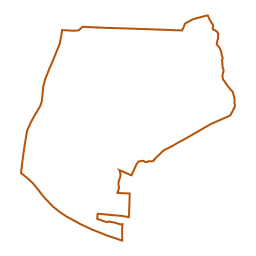 the district of Smardan, Tulcea, Romania
{"feature_id": "2599482B36472958549057", "entity_name": "Smardan", "entity_type": "district", "adm_level": 2, "iso_a3": "ROU", "parent_name": "Romania", "parent_adm1": "Tulcea", "projection": "mercator", "projection_center": [28.085, 45.31], "detail": "fine", "context": "isolated", "style": "outline", "palette": "amber", "viewbox_px": 256, "rotation_deg": 0, "n_neighbors": 0, "source": "geoboundaries", "source_scale": "gbopen_adm2", "svg_char_len": 5104}
<svg xmlns="http://www.w3.org/2000/svg" viewBox="0 0 256 256"><path d="M122.2,240.6L122.2,236.5L122.1,233.0L122.1,230.7L122.1,229.7L122.2,229.2L122.2,228.3L122.5,224.1L121.9,224.3L121.7,224.3L121.4,224.3L121.0,224.3L120.5,224.3L120.1,224.2L119.8,224.2L119.6,224.2L119.3,224.0L119.1,224.0L118.9,223.9L118.5,223.8L118.2,223.8L118.0,223.7L117.8,223.6L116.5,223.2L114.7,222.6L112.6,222.2L111.4,222.0L111.1,221.9L110.4,221.8L109.7,221.7L109.0,221.6L108.9,221.6L108.6,221.6L107.7,221.9L107.4,222.1L107.1,222.1L106.9,222.1L106.6,222.1L106.3,221.9L104.9,221.5L102.8,220.9L102.2,220.6L98.6,219.3L97.2,218.8L97.5,214.2L98.0,213.7L100.2,214.0L102.2,214.1L106.1,214.5L109.1,214.8L111.8,215.0L115.3,215.4L116.0,215.4L119.8,215.7L122.0,215.9L123.8,216.3L125.7,216.6L126.5,216.7L128.0,217.1L128.8,217.2L129.1,213.2L129.2,208.8L129.4,203.8L129.5,199.9L129.7,193.5L128.0,193.4L124.3,193.3L123.1,193.2L121.9,193.2L118.9,193.1L117.8,193.0L117.4,192.9L117.3,192.6L117.5,192.2L117.8,191.8L118.0,191.1L118.5,189.5L118.9,188.3L119.0,187.8L118.9,187.1L118.6,185.4L118.5,184.2L118.5,183.2L118.8,181.3L118.9,180.8L119.6,178.9L119.8,178.2L120.0,177.5L120.3,176.6L120.4,176.1L120.4,175.8L120.4,175.3L120.5,174.8L120.4,174.6L120.4,174.3L120.3,173.4L120.1,172.7L119.8,171.0L119.7,170.5L119.5,170.2L128.2,174.0L131.5,175.3L132.8,172.5L134.1,169.7L134.7,168.2L135.3,166.9L136.2,165.0L136.5,164.3L138.4,161.5L139.0,161.6L139.9,161.2L140.2,161.1L140.9,161.1L142.4,160.9L143.1,160.8L143.7,161.0L144.0,161.3L144.3,161.6L144.8,161.9L145.6,162.1L146.0,162.1L146.4,162.1L147.1,162.0L147.7,161.7L148.4,161.3L149.0,161.4L149.6,161.2L150.1,161.3L151.4,161.3L151.7,161.3L152.1,161.2L152.7,161.2L153.2,161.0L153.9,160.3L153.9,160.1L154.0,159.7L154.3,159.6L154.8,159.4L154.9,159.1L154.9,158.9L155.2,158.6L157.0,156.8L159.1,154.8L161.0,152.9L161.7,152.2L162.5,151.4L163.0,151.0L163.8,150.5L166.0,149.1L166.9,148.7L167.3,148.6L168.2,148.1L172.0,146.2L172.9,145.7L174.1,144.9L175.5,144.1L176.7,143.4L177.5,143.0L178.9,142.2L180.1,141.5L181.1,141.0L183.7,139.6L185.8,138.4L188.5,136.9L206.9,126.3L211.2,123.8L218.0,120.9L230.3,115.5L230.4,115.1L231.6,112.9L232.1,112.1L232.4,111.5L233.0,110.4L233.7,108.9L233.7,108.2L234.3,108.0L234.5,107.8L234.6,107.7L234.8,106.2L235.0,105.8L234.8,104.7L234.7,104.0L234.5,103.4L234.4,101.9L234.6,99.9L234.2,96.9L234.0,96.0L233.8,95.5L233.2,93.8L233.2,93.6L232.7,91.7L232.3,91.3L231.4,90.4L231.0,90.1L230.5,89.4L230.0,88.8L229.5,88.1L229.0,87.5L228.4,86.9L228.0,86.3L227.5,85.6L226.9,84.6L226.4,84.1L226.0,83.7L225.7,83.1L225.2,82.3L224.9,81.8L224.6,81.4L224.2,80.9L223.2,79.7L223.0,79.3L222.8,78.0L222.7,77.5L222.6,76.9L222.4,75.8L222.4,75.3L222.5,74.8L222.8,74.2L223.0,73.0L223.4,71.5L223.6,70.6L223.4,69.3L223.1,68.6L222.9,68.1L222.7,67.1L222.5,66.0L222.4,65.5L222.5,64.7L222.3,63.4L222.3,62.6L222.2,62.0L222.1,61.0L222.0,60.4L222.1,59.8L222.4,59.4L222.6,58.4L222.6,57.7L222.4,57.0L222.3,56.6L222.0,55.9L221.6,54.8L221.5,54.1L221.4,52.8L221.3,52.3L220.9,51.2L220.6,50.1L220.4,49.6L219.9,48.3L219.2,47.3L218.6,46.6L218.3,46.2L217.9,45.7L217.6,45.4L217.0,44.8L216.8,44.4L216.7,44.0L216.7,43.7L216.8,43.2L216.8,42.9L216.9,42.5L217.2,41.6L217.3,40.9L217.5,40.3L217.7,39.7L217.9,38.8L218.1,37.7L218.1,37.2L218.1,36.3L218.2,35.7L218.2,35.2L218.3,34.9L218.4,34.6L218.3,34.1L218.1,33.6L217.7,33.0L217.6,32.4L217.2,31.9L216.4,31.3L215.3,30.4L214.4,30.0L213.7,29.7L212.9,29.2L212.7,28.8L212.7,28.4L212.8,28.1L213.1,26.9L213.1,26.4L213.1,26.0L212.9,24.9L212.7,24.3L212.4,24.0L212.1,23.5L211.8,23.1L210.7,21.4L210.0,20.2L209.6,19.6L208.1,16.1L207.8,15.5L207.7,15.5L207.5,15.4L206.9,15.5L202.6,16.6L197.5,18.0L192.9,19.2L192.5,19.4L192.0,19.7L191.6,20.0L187.6,22.1L185.3,23.4L185.1,23.6L185.0,23.8L183.8,26.8L182.8,29.0L182.1,30.0L182.1,30.4L181.6,30.3L181.0,30.3L178.0,30.3L171.9,30.1L167.1,29.9L164.5,29.8L162.2,29.7L159.0,29.5L154.9,29.5L151.6,29.3L139.7,28.9L137.3,28.8L136.7,28.8L136.4,28.8L134.4,28.7L133.5,28.7L128.1,28.5L126.4,28.5L125.6,28.4L124.1,28.4L123.0,28.3L120.2,28.3L118.9,28.2L115.0,28.1L114.5,28.1L114.4,28.1L111.5,28.0L109.9,28.0L107.4,27.9L104.8,27.8L103.4,27.7L102.8,27.7L100.3,27.6L97.8,27.6L96.8,27.5L96.3,27.5L96.3,27.3L95.9,27.4L93.1,27.3L91.8,27.2L86.8,27.1L86.5,27.0L85.9,26.8L85.6,26.8L84.8,26.8L82.6,26.8L81.4,27.8L79.6,29.5L78.6,30.3L78.2,30.4L74.7,30.7L73.5,30.7L62.1,30.1L61.9,31.9L61.6,33.7L61.3,35.8L60.4,40.1L60.1,41.9L59.7,43.8L54.0,57.9L52.7,61.3L49.9,67.3L47.3,74.0L46.9,74.8L45.2,79.2L44.9,79.9L44.6,81.3L44.3,82.8L43.2,86.8L42.5,94.3L42.3,97.0L42.0,100.4L40.9,104.2L39.8,106.8L38.7,108.7L36.0,113.1L34.6,115.5L33.7,117.1L32.5,119.2L31.1,121.9L30.2,123.7L29.6,125.3L29.3,126.1L28.9,126.7L27.0,130.9L25.9,137.8L25.4,140.8L24.8,144.3L24.0,149.5L22.7,159.3L22.5,160.4L21.0,173.0L22.2,174.0L25.8,176.9L28.2,178.8L32.0,182.4L33.8,184.3L34.6,185.3L37.2,188.4L40.3,192.5L44.5,197.8L44.7,198.0L48.9,202.3L49.6,203.1L50.3,203.8L52.5,206.1L52.7,206.3L53.2,206.8L55.0,208.2L59.0,211.4L59.7,212.0L62.9,214.1L66.5,216.5L70.0,218.4L80.8,224.3L82.5,225.1L91.7,229.4L92.2,229.6L105.1,234.7L107.8,235.8L111.0,236.8L117.2,238.9L121.4,240.4L122.2,240.6Z" fill="none" stroke="#b45309" stroke-width="2"/></svg>